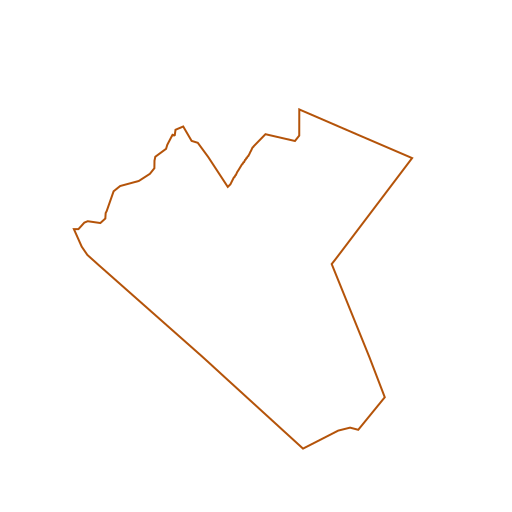 the district of Epworth, Harare, Zimbabwe, rotated 205°
{"feature_id": "62879985B25596949610081", "entity_name": "Epworth", "entity_type": "district", "adm_level": 2, "iso_a3": "ZWE", "parent_name": "Zimbabwe", "parent_adm1": "Harare", "projection": "natural_earth1", "projection_center": [31.174, -17.897], "detail": "fine", "context": "isolated", "style": "outline", "palette": "amber", "viewbox_px": 512, "rotation_deg": 205, "n_neighbors": 0, "source": "geoboundaries", "source_scale": "gbopen_adm2", "svg_char_len": 1315}
<svg xmlns="http://www.w3.org/2000/svg" viewBox="0 0 512 512"><g transform="rotate(205 256 256)"><path d="M383.4,319.3L382.8,315.1L389.2,303.4L388.3,299.5L385.2,292.6L386.9,285.6L393.9,274.5L408.7,262.0L412.4,254.5L410.3,233.5L410.4,232.0L410.4,231.4L408.4,226.3L410.2,222.0L411.0,220.1L423.2,216.4L425.7,213.7L428.3,205.3L432.4,203.4L417.9,190.8L409.3,185.7L394.1,181.1L261.6,141.9L246.9,137.3L233.3,133.0L132.0,101.3L107.7,132.5L98.2,140.2L89.9,141.7L79.6,182.4L109.8,211.6L110.0,211.8L184.0,280.7L182.6,286.6L180.4,296.7L155.9,410.7L160.2,410.6L216.0,408.9L278.7,407.1L267.7,383.4L269.3,376.7L296.0,371.0L298.9,370.4L304.5,354.4L304.5,353.8L305.0,352.9L305.0,352.4L305.0,351.9L305.0,350.8L305.0,350.3L305.0,349.8L305.0,348.8L305.1,348.3L305.1,347.8L305.1,347.3L305.1,346.8L305.1,345.3L305.2,344.3L305.2,343.8L305.2,343.3L305.6,342.8L305.7,341.8L305.7,341.0L306.1,340.6L306.1,340.4L306.1,339.1L306.5,338.6L306.5,336.0L307.0,335.5L307.0,334.0L307.5,333.0L307.5,332.5L308.2,326.2L308.5,324.3L308.5,320.7L308.8,320.4L308.8,319.9L308.8,318.8L308.9,318.3L309.3,317.9L309.3,316.9L309.5,310.1L310.8,306.7L341.1,325.5L356.6,334.0L363.0,333.1L376.7,342.6L382.3,336.4L380.7,331.2L381.1,330.7L382.5,330.7L382.5,330.2L382.9,330.2L383.0,328.4L383.0,328.2L383.4,319.3Z" fill="none" stroke="#b45309" stroke-width="2"/></g></svg>